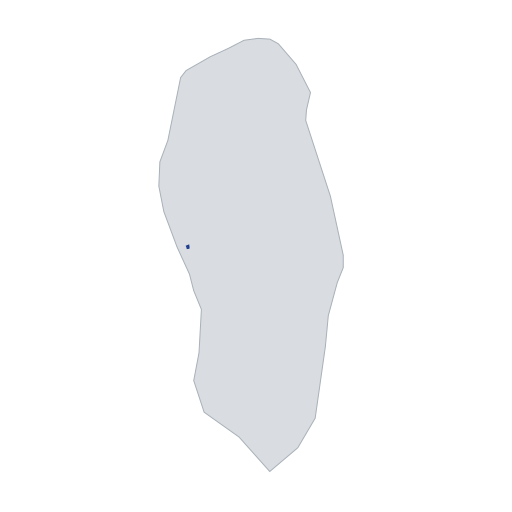 22, Ad Dawhah, Qatar (highlighted), rotated 172°
{"feature_id": "91078587B26591597392685", "entity_name": "22", "entity_type": "district", "adm_level": 2, "iso_a3": "QAT", "parent_name": "Qatar", "parent_adm1": "Ad Dawhah", "projection": "equal_earth", "projection_center": [51.508, 25.289], "detail": "fine", "context": "in_parent", "style": "filled", "palette": "blue", "viewbox_px": 512, "rotation_deg": 172, "n_neighbors": 0, "source": "geoboundaries", "source_scale": "gbopen_adm2", "svg_char_len": 733}
<svg xmlns="http://www.w3.org/2000/svg" viewBox="0 0 512 512"><g transform="rotate(172 256 256)"><path d="M273.3,459.8L255.0,465.3L237.8,471.3L223.5,471.2L212.0,468.8L204.3,463.0L189.6,440.1L179.3,410.3L185.7,393.6L187.9,383.3L174.0,304.8L169.5,244.7L171.2,232.4L179.3,218.2L192.7,186.9L199.9,156.7L220.0,87.1L241.3,60.3L272.4,40.7L298.0,79.1L329.1,108.5L335.0,141.3L325.9,168.1L317.5,210.7L322.5,230.3L324.4,247.3L332.9,275.8L341.1,312.8L342.5,338.7L338.1,362.6L327.2,382.7L305.8,443.2L299.4,449.4L273.3,459.8Z" fill="#d9dde1" stroke="#a8b0b8" stroke-width="1"/><path d="M323.3,275.4L323.1,274.9L322.9,273.2L321.5,273.2L321.3,273.9L321.3,275.1L321.3,275.9L323.3,275.4Z" fill="#3b82f6" stroke="#1e3a8a" stroke-width="1.5"/></g></svg>